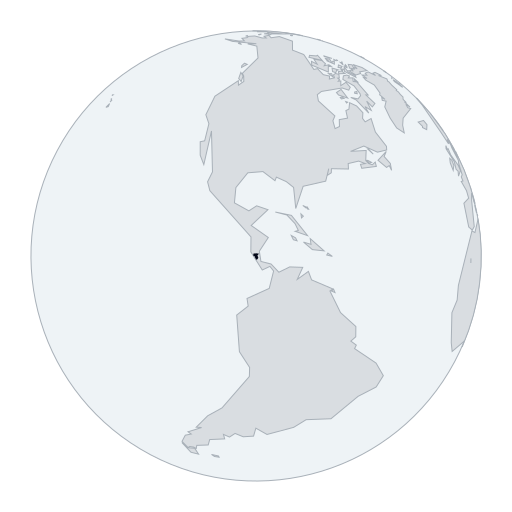 San José highlighted on a globe, orthographic projection, rotated 28°
{"feature_id": "CRI-1331", "entity_name": "San José", "entity_type": "Province", "adm_level": 1, "iso_a3": "CRI", "parent_name": "Costa Rica", "parent_adm1": "", "projection": "orthographic", "projection_center": [-83.994, 9.633], "detail": "fine", "context": "on_globe", "style": "filled", "palette": "ink", "viewbox_px": 512, "rotation_deg": 28, "n_neighbors": 0, "source": "natural_earth", "source_scale": "10m", "svg_char_len": 8760}
<svg xmlns="http://www.w3.org/2000/svg" viewBox="0 0 512 512"><g transform="rotate(28 256 256)"><circle cx="256" cy="256" r="225" fill="#eef3f6" stroke="#a8b0b8"/><path d="M278.6,261.0L273.2,258.6L268.1,265.4L249.5,254.8L242.6,241.5L184.6,220.0L178.4,213.2L178.1,202.2L158.0,166.5L167.0,199.8L159.4,193.2L153.1,181.3L156.6,178.4L152.3,161.3L145.4,154.8L144.7,134.2L158.1,109.5L160.3,113.4L163.3,107.6L160.6,102.8L158.2,101.1L164.8,80.2L158.2,70.3L149.1,72.6L156.6,68.4L134.6,77.5L126.6,78.9L140.0,74.2L144.8,71.5L141.4,70.4L145.6,67.4L146.4,65.5L151.6,62.3L159.1,60.6L162.6,58.7L160.0,58.2L163.7,55.2L166.9,56.2L173.6,51.3L187.3,49.2L191.6,57.1L203.6,55.7L219.5,64.1L222.4,61.7L230.3,64.3L236.5,62.6L237.7,65.3L241.7,61.8L239.4,59.7L240.4,57.6L243.9,56.7L246.0,59.7L244.6,60.6L247.0,61.1L246.6,63.1L248.7,61.6L250.9,65.8L253.9,60.4L260.0,62.8L260.0,66.0L253.2,67.2L236.5,80.0L234.4,84.8L238.3,89.8L259.9,95.3L260.4,100.5L266.0,106.4L268.9,102.5L265.5,96.5L272.1,91.3L267.1,85.4L269.1,82.7L266.7,76.7L274.4,76.3L283.1,79.3L285.5,84.5L289.4,86.3L293.1,80.6L303.2,90.5L319.7,97.9L321.6,101.0L314.5,107.3L299.6,108.3L290.4,119.2L303.7,111.1L308.1,120.2L311.9,121.5L315.9,120.8L317.2,117.1L320.2,120.4L308.2,128.9L305.2,126.0L309.1,123.1L302.1,124.0L294.0,131.1L296.8,135.8L281.6,143.5L283.4,147.2L281.1,151.4L279.2,144.7L282.4,157.2L264.9,172.3L268.8,195.4L257.0,177.8L247.8,176.1L237.0,176.8L237.4,180.6L222.5,178.2L209.7,186.4L206.1,205.0L212.0,219.2L228.5,219.5L233.0,211.4L244.8,209.5L237.4,231.3L258.2,233.9L256.7,250.2L262.9,258.5L273.1,256.0L283.8,259.6L290.9,249.8L302.6,244.1L303.4,257.3L309.5,245.0L316.3,251.0L339.3,249.0L337.7,252.2L357.2,266.3L377.3,271.4L382.0,280.5L379.7,286.6L386.4,287.6L386.5,291.5L412.3,294.2L424.6,301.9L423.6,315.2L412.0,332.0L398.6,364.5L377.1,377.0L369.7,389.6L349.5,408.4L336.7,408.1L338.4,416.2L329.6,421.6L320.8,422.5L317.6,428.3L311.0,428.8L314.2,432.2L301.3,439.8L302.5,445.3L292.6,451.0L293.6,454.0L290.6,454.0L286.9,455.3L285.9,457.0L277.7,454.4L277.7,447.4L282.4,443.6L278.5,443.1L288.5,433.0L283.6,435.2L288.4,419.7L297.3,406.1L306.7,365.5L302.7,357.4L286.3,348.3L266.7,317.2L272.6,303.9L268.0,297.7L282.9,278.4L278.6,261.0ZM53.7,195.2L55.2,190.1L55.4,193.5L53.7,195.2ZM55.3,186.9L54.9,188.6L55.1,187.1L55.3,186.9ZM54.9,185.7L55.2,186.6L54.7,186.1L54.9,185.7ZM54.1,184.9L54.6,185.1L54.5,185.3L54.1,184.9ZM268.2,203.5L292.0,213.8L279.0,215.8L281.4,213.6L275.3,209.1L264.0,205.3L252.4,208.1L268.2,203.5ZM53.6,182.0L53.6,181.1L54.2,180.8L53.6,182.0ZM277.7,190.1L273.6,189.4L277.5,189.2L277.7,190.1ZM156.4,101.0L160.1,103.1L161.0,108.9L157.4,107.4L156.4,101.0ZM155.3,91.2L158.3,90.9L154.7,96.3L154.1,94.7L155.3,91.2ZM141.7,75.5L143.9,76.0L140.3,76.6L141.7,75.5ZM145.5,65.8L143.6,66.7L144.8,65.4L145.5,65.8ZM262.7,77.5L264.7,77.2L264.1,78.4L262.7,77.5ZM259.8,75.4L257.7,77.2L256.0,76.5L257.3,75.4L259.8,75.4ZM154.0,59.5L156.6,57.4L155.2,59.1L154.0,59.5ZM262.8,73.5L253.3,75.1L250.3,73.9L252.9,69.0L262.8,73.5ZM158.9,56.0L165.1,51.7L161.2,53.1L175.6,47.3L165.6,52.5L164.5,54.2L162.4,54.4L158.9,56.0ZM237.2,59.5L239.8,61.7L234.4,60.9L237.2,59.5ZM233.5,59.6L215.6,61.3L213.6,58.1L220.0,57.9L214.7,55.0L222.5,52.5L227.1,53.6L226.9,56.0L230.1,53.3L233.5,59.6ZM182.5,45.1L185.1,44.1L183.8,44.9L182.5,45.1ZM240.4,56.7L237.0,57.2L234.9,54.3L241.4,53.0L240.0,54.3L240.4,56.7ZM209.5,55.7L209.1,53.7L215.4,51.0L216.0,49.9L222.5,52.2L209.5,55.7ZM242.2,54.5L244.8,52.5L248.9,53.1L243.6,56.2L242.2,54.5ZM231.7,54.3L231.0,53.0L233.5,53.2L231.7,54.3ZM265.0,54.8L260.9,54.9L259.5,53.4L265.0,54.8ZM245.4,51.7L244.0,51.6L243.0,51.1L245.5,50.0L245.4,51.7ZM226.4,50.4L229.1,49.8L224.1,49.2L228.5,47.6L232.1,49.6L232.4,48.0L233.8,47.5L235.1,49.8L226.4,50.4ZM245.0,47.6L250.9,50.2L258.8,50.1L260.3,51.3L247.4,51.4L245.0,47.6ZM239.1,48.6L243.0,48.2L242.9,49.8L240.0,51.0L239.1,48.6ZM230.3,45.9L222.6,47.9L222.1,47.4L230.3,45.9ZM247.3,47.2L245.8,46.6L247.8,47.0L247.3,47.2ZM235.6,45.8L232.9,46.5L232.4,45.9L235.6,45.8ZM245.0,45.1L246.9,45.8L245.1,46.6L245.0,45.1ZM240.7,45.2L240.7,44.3L243.2,46.4L239.6,45.5L240.7,45.2ZM235.5,45.2L234.4,45.1L236.7,45.0L235.5,45.2ZM251.0,42.1L254.7,44.7L250.5,46.2L247.5,43.5L251.0,42.1ZM290.7,459.8L278.1,455.5L285.5,457.4L292.2,454.6L298.3,457.9L290.7,459.8ZM309.9,452.1L316.8,450.2L317.9,451.0L313.5,452.5L309.9,452.1ZM414.9,96.3L412.0,93.7L416.7,98.4L419.8,101.4L424.8,106.8L416.8,99.3L420.3,105.7L434.9,127.6L434.8,131.6L430.2,130.5L414.8,111.8L416.6,105.1L411.2,99.5L402.2,93.8L403.5,92.6L400.1,89.8L399.9,87.5L391.3,78.9L389.8,76.6L378.2,68.6L375.9,66.6L383.4,71.7L387.9,74.4L383.4,70.2L383.2,70.0L399.6,82.5L414.9,96.3ZM361.6,57.0L362.3,57.4L353.9,53.2L345.4,49.3L343.2,48.4L357.0,55.0L362.0,57.6L365.6,59.3L379.8,68.0L383.1,70.7L370.1,63.2L373.4,66.6L361.8,60.3L331.7,44.6L323.3,41.2L324.7,41.4L343.5,48.4L361.6,57.0ZM193.9,39.5L190.2,40.6L184.3,42.4L177.5,45.2L178.1,45.1L182.1,43.7L175.6,47.3L161.2,53.1L160.5,52.9L152.0,57.3L151.5,56.7L147.2,58.8L148.0,58.3L162.8,50.9L178.1,44.6L193.9,39.5ZM480.6,238.3L480.7,239.6L479.8,232.8L479.6,234.0L474.0,248.2L469.1,240.9L455.6,214.1L454.3,200.5L448.5,186.9L434.9,132.5L438.3,132.5L434.8,119.4L435.4,120.0L442.7,130.1L443.7,131.4L452.2,145.3L459.7,159.8L466.1,174.8L471.5,190.3L475.7,206.1L478.7,222.1L480.6,238.3ZM446.9,157.2L449.0,161.3L446.9,157.2ZM340.0,248.8L342.9,251.2L339.2,251.5L340.0,248.8ZM277.5,221.3L282.4,221.4L285.1,223.3L281.4,224.1L277.5,221.3ZM318.1,219.7L323.6,220.5L318.0,221.9L318.1,219.7ZM295.7,215.2L313.7,219.5L302.8,223.9L291.4,221.4L299.1,219.9L295.7,215.2ZM275.9,197.7L279.1,198.6L278.3,201.0L275.9,197.7ZM280.5,190.0L279.4,190.3L277.7,188.4L280.5,190.0ZM308.8,119.6L309.8,119.1L314.1,119.1L312.4,120.8L308.8,119.6ZM331.1,111.2L335.5,116.7L331.2,113.6L329.7,116.5L318.8,114.2L321.9,102.5L322.4,108.0L331.1,111.2ZM305.1,108.8L311.7,111.0L304.4,109.1L305.1,108.8ZM381.2,78.8L383.9,79.5L388.1,83.0L389.9,87.8L383.8,82.6L381.2,78.8ZM386.9,79.8L373.5,72.1L371.8,69.4L375.0,72.1L375.3,71.1L380.5,75.3L392.0,81.0L396.4,84.6L397.3,90.4L394.6,86.2L392.0,85.5L386.9,79.8ZM342.1,63.3L336.3,61.6L340.3,57.7L345.3,59.8L347.4,64.3L342.7,64.4L342.1,63.3ZM269.2,65.2L266.7,66.0L266.1,64.9L267.7,63.5L269.2,65.2ZM263.2,55.0L279.4,61.2L277.4,62.2L289.4,65.5L288.7,69.7L281.0,67.3L289.4,73.3L282.1,72.9L288.5,76.9L271.3,71.2L265.2,71.5L272.3,69.4L273.1,65.4L271.6,63.8L262.7,59.8L249.8,59.3L248.6,55.9L251.1,53.7L254.0,53.2L253.9,55.4L257.8,53.3L259.9,56.3L263.2,55.0ZM281.4,37.8L280.1,39.1L288.4,38.2L290.5,40.0L291.4,39.8L295.6,41.4L302.2,43.1L302.1,44.0L304.7,44.3L307.6,45.6L311.1,46.6L312.3,48.6L316.7,50.0L314.7,50.2L322.0,52.2L317.1,51.7L320.4,53.8L323.4,53.2L321.2,65.2L324.1,71.7L329.1,77.7L320.1,76.9L309.6,71.2L299.7,63.9L298.2,58.2L294.4,59.3L292.6,57.0L296.4,57.1L289.5,55.6L289.0,53.9L280.2,49.5L270.5,49.2L267.0,47.9L270.6,47.1L264.7,46.4L269.0,44.3L266.6,43.4L268.6,40.8L276.8,40.5L273.5,39.6L274.8,38.0L281.4,37.8ZM251.8,41.4L261.1,39.8L266.9,40.2L261.1,44.7L262.7,45.7L259.2,49.3L251.0,48.8L252.7,47.8L252.5,46.7L255.2,47.3L252.9,46.0L255.2,44.7L254.0,43.5L257.4,43.2L251.8,41.4ZM433.0,116.6L432.1,115.5L431.8,115.2L433.0,116.6ZM426.0,109.4L425.2,108.1L430.3,113.8L430.5,114.5L426.0,109.4ZM420.4,102.9L424.8,107.6L422.6,105.4L420.4,102.9ZM382.2,70.5L380.8,69.3L382.4,70.2L385.1,72.2L382.2,70.5ZM306.4,38.1L304.8,38.2L303.3,37.8L296.3,37.0L294.2,36.0L297.6,36.1L306.4,38.1ZM303.0,36.9L300.3,36.6L300.9,36.3L303.0,36.9ZM292.3,35.3L292.2,34.9L293.1,35.8L292.3,35.3ZM259.2,30.7L256.0,30.7L254.2,30.7L259.2,30.7ZM281.5,32.5L285.2,32.9L284.7,33.0L281.5,32.5ZM183.6,44.3L185.0,44.1L182.4,44.9L183.6,44.3ZM211.8,35.1L208.7,35.8L208.1,35.9L211.7,35.1L211.8,35.1ZM213.9,34.7L213.6,34.8L213.7,34.7L213.9,34.7Z" fill="#d9dde1" stroke="#a8b0b8" stroke-width="1"/><path d="M255.7,254.7L255.8,254.7L255.9,254.4L255.9,254.2L255.7,254.0L255.9,253.9L256.0,253.9L256.3,253.8L256.2,254.0L256.3,254.2L256.3,254.3L256.5,254.4L256.5,254.5L256.4,254.7L256.3,254.8L256.2,254.8L255.9,255.0L256.0,255.1L255.9,255.3L255.7,255.4L255.7,255.5L255.8,255.5L256.0,255.5L256.3,255.8L256.5,255.9L256.6,256.0L256.8,256.2L257.0,256.2L257.0,256.3L257.3,256.3L257.4,256.2L257.5,256.3L258.0,256.6L258.1,257.0L258.1,257.3L257.9,257.5L258.0,257.7L258.0,257.8L258.0,258.0L257.9,258.2L257.7,258.2L257.3,257.9L257.2,257.8L257.2,257.7L256.9,257.6L256.7,257.5L256.6,257.4L256.6,257.2L256.4,257.1L256.4,256.9L256.2,256.9L255.9,256.8L255.9,256.7L255.7,256.5L255.7,256.4L255.4,256.2L255.2,256.1L254.9,256.0L254.6,256.0L254.4,256.0L254.5,256.1L254.4,256.1L254.3,256.3L254.3,256.2L254.2,256.2L254.0,256.3L253.9,256.2L253.7,255.8L253.7,255.7L253.8,255.5L253.9,255.4L253.7,255.3L253.8,255.2L254.0,255.0L254.1,254.9L254.4,254.9L254.5,254.8L254.8,254.9L255.0,254.8L255.2,254.7L255.3,254.7L255.4,254.8L255.5,254.7L255.7,254.7Z" fill="#0f172a" stroke="#020617" stroke-width="1.5"/></g></svg>